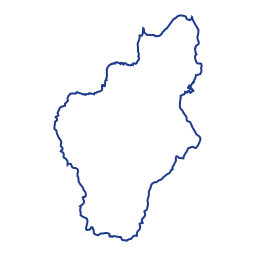 Acosta, San José, Costa Rica (Equal Earth projection)
{"feature_id": "36466004B86670924775866", "entity_name": "Acosta", "entity_type": "district", "adm_level": 2, "iso_a3": "CRI", "parent_name": "Costa Rica", "parent_adm1": "San José", "projection": "equal_earth", "projection_center": [-84.228, 9.742], "detail": "fine", "context": "isolated", "style": "outline", "palette": "blue", "viewbox_px": 256, "rotation_deg": 0, "n_neighbors": 0, "source": "geoboundaries", "source_scale": "gbopen_adm2", "svg_char_len": 5739}
<svg xmlns="http://www.w3.org/2000/svg" viewBox="0 0 256 256"><path d="M198.4,29.4L197.3,28.3L197.0,27.2L196.0,25.9L193.2,20.6L192.9,20.2L192.3,18.5L192.1,17.1L191.9,16.9L191.5,18.6L191.1,19.2L190.4,19.8L189.6,20.2L188.7,19.6L187.5,19.5L186.7,19.0L186.3,18.0L186.2,17.1L185.9,16.7L184.2,15.9L180.8,15.4L179.5,15.5L177.3,16.4L175.0,18.6L174.1,18.7L173.1,19.7L167.1,28.0L166.4,28.7L165.7,29.0L164.2,30.5L163.9,31.1L162.7,32.0L161.7,33.8L160.5,35.1L159.3,35.9L155.3,36.3L154.4,35.3L153.2,35.0L149.9,35.1L149.1,34.7L147.1,35.0L144.4,32.6L143.7,28.7L143.2,28.3L143.1,30.3L142.5,34.5L142.0,35.5L141.7,35.7L139.6,35.4L139.6,37.6L139.3,39.2L137.7,43.6L137.7,45.3L138.0,47.1L138.0,51.6L138.8,53.5L138.8,54.9L138.3,56.5L139.0,58.1L139.0,58.8L138.6,60.1L137.9,60.7L137.5,61.5L137.1,61.7L136.8,62.9L136.4,63.1L135.8,63.8L134.4,63.3L133.4,63.7L132.7,63.7L132.7,64.2L132.8,64.7L132.3,64.5L131.4,65.2L128.2,65.2L127.7,64.6L126.8,64.5L125.5,63.2L125.1,63.2L124.7,63.2L124.2,63.5L123.7,63.3L123.5,64.4L122.1,63.8L121.5,62.8L121.3,62.8L120.4,63.8L120.0,63.0L119.1,63.1L116.7,62.2L116.4,62.2L115.9,62.8L115.0,62.7L114.7,63.2L114.6,63.7L113.3,63.3L112.1,64.1L111.2,63.9L110.4,64.8L109.1,65.4L108.4,66.4L107.8,67.1L107.2,68.1L107.0,69.3L106.7,69.8L106.7,70.6L107.0,71.4L106.7,73.7L107.0,74.4L107.0,75.9L106.8,77.0L106.1,78.6L106.1,78.9L106.7,80.0L105.4,80.6L105.1,82.0L105.1,83.7L104.7,86.2L103.7,86.1L103.1,85.0L102.5,85.0L102.1,85.4L102.0,86.0L102.0,87.7L102.2,88.9L102.0,89.2L101.8,90.3L100.3,91.2L97.2,92.1L96.3,92.8L94.9,92.9L94.1,94.3L93.0,93.8L90.4,93.5L89.4,93.1L88.8,94.1L86.6,94.1L86.2,94.2L85.7,94.8L85.2,94.9L84.9,94.4L84.5,94.2L83.8,94.1L82.9,94.4L81.5,93.6L78.5,92.9L77.5,92.2L76.5,92.2L76.0,93.3L75.6,93.6L72.7,93.5L70.3,93.7L69.2,95.3L68.4,96.0L67.6,98.1L67.5,98.8L67.8,99.7L67.8,101.2L67.0,101.6L66.1,102.7L65.0,103.6L64.9,104.2L65.2,104.8L65.1,105.6L63.9,106.1L62.0,106.5L60.4,107.2L59.7,108.1L58.5,111.0L57.6,112.7L57.6,113.1L58.2,114.6L58.4,115.4L57.4,116.1L55.8,116.8L55.6,117.1L55.6,117.3L56.8,118.3L57.0,119.9L56.9,120.3L56.4,121.0L55.3,121.3L55.1,121.6L54.8,124.8L54.4,126.5L54.4,128.7L54.9,129.4L56.1,130.1L56.4,130.8L56.7,132.5L57.4,134.6L58.8,137.7L60.5,140.2L61.3,141.8L60.7,146.1L62.1,147.4L62.5,148.1L62.5,149.6L61.4,150.2L60.8,151.0L60.7,151.3L62.8,152.4L63.6,153.5L63.8,154.9L63.5,157.1L63.9,157.6L65.3,158.4L66.3,159.3L67.5,161.1L67.6,164.7L68.2,164.0L68.8,163.7L70.9,164.1L72.4,167.5L74.2,168.0L75.4,168.0L77.0,168.8L77.6,169.3L77.9,170.3L78.0,171.3L77.6,173.3L77.4,175.9L78.3,177.3L78.7,181.7L80.3,184.4L81.8,186.1L82.7,187.4L83.2,188.5L83.5,189.7L85.5,192.2L85.9,195.1L85.8,195.9L84.6,197.0L83.5,196.9L82.8,197.2L82.7,197.4L82.9,198.5L84.0,200.9L83.9,202.7L82.9,204.2L79.9,206.3L80.5,206.9L80.7,207.4L80.3,208.6L80.1,210.4L80.7,212.4L80.7,215.4L83.9,217.3L86.3,218.2L87.1,219.2L87.3,219.8L87.4,220.3L87.4,221.9L86.9,224.8L86.1,227.4L86.1,228.9L86.4,229.8L86.9,230.0L87.2,230.0L87.7,229.7L89.3,229.8L90.6,228.6L91.0,227.6L91.3,227.2L92.1,227.2L92.6,227.6L92.8,228.0L92.8,228.9L93.6,229.8L93.7,232.2L94.0,233.3L94.5,233.9L96.2,234.8L97.7,235.2L99.2,234.7L100.0,233.9L100.9,233.5L102.9,233.5L105.7,233.0L108.1,233.3L109.4,233.9L109.5,236.2L110.0,236.6L110.3,236.6L110.6,236.2L111.3,236.2L112.0,236.8L112.5,236.8L113.2,236.1L114.0,236.1L118.8,237.0L120.6,237.0L121.2,237.6L121.6,238.9L122.2,239.8L123.1,240.2L124.6,240.2L125.9,240.6L126.9,240.6L127.1,240.1L128.0,239.9L128.8,239.3L130.8,239.0L133.2,236.4L133.8,236.1L134.2,235.6L136.9,235.8L136.9,233.8L137.0,232.9L137.6,231.5L138.4,230.5L139.3,229.8L139.7,229.2L140.2,227.7L140.2,227.1L139.6,223.8L140.8,223.2L141.8,223.2L142.7,222.9L142.5,221.9L141.8,221.1L141.8,220.1L142.0,219.2L143.5,217.7L144.1,216.7L144.9,215.9L145.1,215.5L145.2,214.6L145.0,213.8L144.9,213.2L144.5,211.9L144.4,211.1L146.3,210.2L147.0,209.0L147.8,205.5L148.0,205.3L148.0,203.7L147.9,202.4L147.5,201.4L147.5,200.8L147.8,199.0L148.8,195.7L148.9,191.5L150.1,188.7L150.3,188.5L151.4,184.7L152.5,183.5L154.5,182.2L156.4,182.2L159.4,180.1L160.6,179.8L161.4,179.4L162.3,178.6L163.5,177.0L165.6,175.5L166.8,174.4L169.1,173.3L170.0,172.4L171.2,169.9L171.5,169.7L172.3,169.7L172.6,169.4L172.5,167.5L172.7,166.5L173.2,165.7L174.0,165.0L174.3,164.3L174.7,162.8L175.9,161.0L175.8,158.4L176.1,156.8L176.3,156.4L177.3,156.3L179.0,157.9L183.4,158.4L183.5,157.2L184.0,155.9L185.1,153.8L186.5,151.9L187.3,150.0L188.4,148.2L188.9,147.8L190.0,147.9L190.6,147.4L192.3,146.8L192.9,146.8L194.5,147.8L196.0,147.9L196.4,147.2L197.6,146.0L198.1,145.2L199.7,141.6L200.3,139.8L200.4,138.9L200.1,137.7L199.6,136.6L196.6,134.5L196.3,134.0L192.3,127.0L191.1,124.0L190.1,122.1L187.5,121.1L187.0,120.7L186.6,119.9L186.5,117.7L186.1,116.4L185.5,115.5L184.3,114.1L183.6,112.5L183.0,112.0L182.3,110.3L181.1,109.4L179.9,107.2L179.8,104.5L180.0,103.5L180.1,100.7L180.4,99.7L180.7,98.0L180.5,96.1L180.7,95.7L181.6,95.5L182.7,94.6L183.8,94.5L184.2,94.3L185.0,93.2L185.1,91.8L186.7,92.0L187.0,92.5L187.3,92.5L187.8,92.0L188.2,91.0L188.6,91.0L189.5,91.3L190.0,92.5L190.2,92.8L190.5,92.9L191.4,91.8L191.8,91.7L192.4,91.2L193.3,91.1L193.2,90.3L192.5,89.9L192.4,89.4L191.6,88.9L191.0,87.9L190.7,87.9L190.4,89.1L190.2,89.2L189.8,88.9L189.2,87.9L188.6,88.1L188.2,88.1L188.0,87.8L188.1,87.3L188.4,86.9L189.9,86.3L189.6,85.5L191.1,85.6L192.2,83.2L193.1,82.6L193.2,81.9L193.4,81.9L193.7,82.3L194.2,81.2L194.2,80.0L195.4,77.7L195.9,75.4L196.2,75.6L197.1,75.0L200.3,74.0L201.3,71.9L201.4,69.6L201.1,67.7L201.6,66.5L201.6,65.6L201.4,64.3L201.1,63.8L200.9,63.5L198.0,63.5L197.2,63.2L196.7,62.7L196.1,61.5L195.1,58.3L195.0,56.7L195.3,55.6L195.5,55.2L196.5,54.5L195.4,52.1L195.3,50.5L195.0,48.5L195.5,47.8L195.5,46.8L196.0,45.9L197.9,44.7L198.8,43.3L198.6,41.4L197.9,40.3L197.4,37.2L198.3,33.1L198.4,29.4Z" fill="none" stroke="#1e3a8a" stroke-width="2"/></svg>